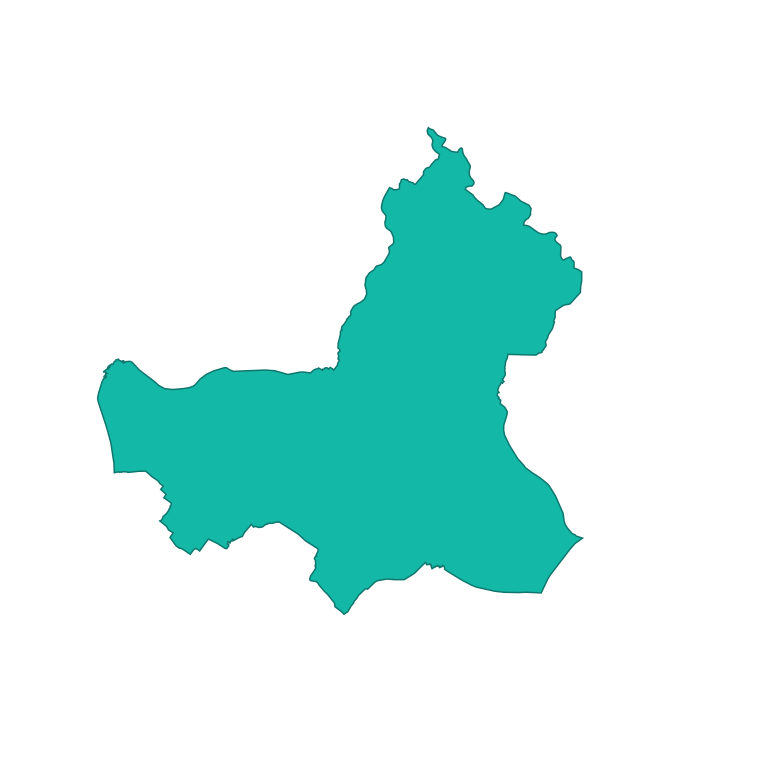 Sangkha, Surin, Thailand (Albers equal-area conic projection), rotated 210°
{"feature_id": "78962969B46327860609250", "entity_name": "Sangkha", "entity_type": "district", "adm_level": 2, "iso_a3": "THA", "parent_name": "Thailand", "parent_adm1": "Surin", "projection": "albers", "projection_center": [103.87, 14.543], "detail": "fine", "context": "isolated", "style": "filled", "palette": "teal", "viewbox_px": 768, "rotation_deg": 210, "n_neighbors": 0, "source": "geoboundaries", "source_scale": "gbopen_adm2", "svg_char_len": 6171}
<svg xmlns="http://www.w3.org/2000/svg" viewBox="0 0 768 768"><g transform="rotate(210 384 384)"><path d="M626.3,272.7L628.1,270.9L627.8,270.6L628.0,269.6L628.7,268.8L628.6,265.4L629.5,265.3L630.2,264.7L630.2,262.8L631.0,262.9L631.0,262.2L631.6,261.6L631.4,261.2L630.5,261.8L630.0,261.4L630.5,260.0L631.4,260.1L631.3,259.4L630.5,259.0L631.3,258.6L633.0,254.6L632.5,254.2L631.4,255.4L630.7,254.7L629.2,254.7L630.2,253.8L629.1,252.3L629.9,252.2L629.9,251.7L628.7,251.8L628.3,251.4L630.2,251.1L630.3,250.6L628.5,249.8L629.5,249.1L629.3,245.0L626.6,233.3L624.8,228.3L622.6,225.7L602.7,207.9L591.1,196.4L578.2,180.3L573.2,172.3L569.7,175.4L568.9,175.3L567.8,176.3L567.2,176.3L566.3,177.5L562.4,179.4L561.5,179.4L552.9,185.7L546.8,189.4L538.6,187.7L531.3,187.1L528.1,185.7L524.0,185.1L524.7,181.1L517.5,179.4L517.8,175.4L509.1,174.6L508.2,173.7L507.8,172.2L508.2,171.2L507.2,170.1L507.6,169.1L507.3,166.1L507.7,162.7L509.1,158.6L508.7,157.9L508.5,155.1L509.7,153.3L501.2,152.0L497.5,149.8L492.2,149.7L492.6,144.1L483.5,140.0L479.2,139.4L479.0,139.8L475.8,140.3L466.6,139.6L466.1,144.7L465.2,147.2L462.3,147.6L460.2,147.2L458.6,161.9L448.1,162.6L439.4,162.1L437.8,163.0L438.0,163.6L437.4,166.0L438.7,167.4L439.7,167.2L439.7,168.9L440.2,169.4L438.8,169.9L437.9,169.2L437.9,171.4L436.3,172.9L437.5,173.2L437.6,173.7L435.4,174.2L432.2,179.3L430.5,181.0L430.6,185.7L428.7,196.1L425.4,194.8L424.7,196.1L420.2,197.4L417.7,199.5L416.7,202.5L415.8,203.3L415.6,204.1L414.7,204.5L414.4,205.6L410.7,207.8L408.3,210.5L406.6,211.3L406.1,212.1L383.2,211.1L373.4,208.9L358.9,208.3L357.6,206.8L357.3,202.4L357.0,201.1L356.4,201.1L357.2,199.7L356.9,197.8L355.2,197.0L354.3,195.4L352.8,193.9L353.1,193.0L352.4,191.7L351.9,191.2L351.7,191.6L351.4,191.4L351.0,189.5L351.5,181.1L351.0,178.4L350.3,177.3L349.3,177.0L344.4,178.8L342.6,178.9L339.7,177.4L331.4,174.5L327.7,173.6L317.3,169.5L315.1,166.6L306.4,165.5L303.5,164.6L301.5,168.7L301.5,175.7L300.8,178.7L301.3,180.8L300.5,184.1L300.4,188.0L298.0,196.6L296.9,197.9L295.6,198.2L292.8,207.9L291.4,210.3L283.8,216.7L276.9,219.9L268.6,224.7L263.0,235.3L259.0,250.0L257.8,249.8L256.9,248.8L255.6,249.5L255.5,250.2L254.3,251.1L253.5,250.5L252.9,251.0L251.9,250.2L251.8,249.4L250.1,248.1L249.5,248.8L249.1,250.9L248.2,250.8L247.7,252.6L247.1,252.7L246.8,253.6L246.3,253.2L244.4,254.1L244.5,253.0L244.1,252.8L242.4,254.9L242.5,256.1L242.0,256.4L240.5,255.9L238.6,253.8L237.2,253.6L218.9,253.1L207.1,253.6L202.0,254.4L184.5,259.9L175.8,263.7L163.1,270.7L157.2,274.5L143.4,281.7L144.7,297.3L144.5,302.0L140.2,334.7L138.8,341.4L135.0,349.8L141.6,348.4L143.3,348.9L146.3,348.5L153.7,351.2L157.1,353.1L159.5,355.4L164.3,361.6L179.4,372.7L190.2,378.5L193.7,379.5L201.5,380.7L212.2,381.3L220.0,382.3L222.1,383.4L230.9,386.2L244.1,393.3L253.9,399.9L257.3,403.8L259.7,408.3L261.5,416.3L262.6,420.2L263.5,421.7L267.6,424.2L273.7,425.2L274.8,428.4L276.6,428.3L276.8,428.8L277.6,428.8L277.7,429.9L279.7,430.3L281.0,432.2L281.0,433.2L280.0,434.1L282.4,435.3L283.3,439.8L282.9,441.4L283.2,444.1L281.7,444.0L281.7,445.4L281.3,446.0L284.0,447.2L283.5,447.7L283.5,452.3L285.4,455.4L286.2,455.8L287.0,458.1L288.0,459.0L288.3,460.7L289.7,463.6L290.2,467.8L291.5,471.6L266.9,485.0L265.0,488.7L263.5,489.7L263.1,490.5L263.7,491.6L263.2,492.1L262.8,498.4L265.3,501.3L265.4,505.6L266.2,508.9L265.8,515.8L267.4,523.0L268.7,523.4L269.0,526.9L271.9,532.3L272.0,533.7L267.8,542.1L263.0,546.3L259.7,561.5L262.5,566.9L264.3,572.0L268.8,579.9L273.0,580.3L277.4,579.4L280.4,584.6L281.3,585.2L283.4,585.4L285.7,587.1L286.3,587.1L288.7,584.0L290.5,581.0L293.3,581.7L295.1,583.2L299.5,591.4L300.7,592.4L305.9,593.1L308.2,594.4L308.8,596.1L308.2,599.0L310.9,600.4L312.9,600.2L316.1,598.3L319.1,594.5L322.1,592.9L325.9,592.1L336.9,593.2L339.5,592.7L342.5,591.3L343.7,594.5L343.1,597.6L341.9,599.5L341.7,604.0L342.8,605.5L344.3,609.4L347.7,611.3L357.0,610.8L364.0,612.3L374.3,610.7L374.7,609.8L373.0,603.7L373.7,597.0L378.7,589.0L381.7,587.4L384.2,586.8L387.9,588.7L394.8,589.7L398.8,590.8L401.5,592.2L410.8,593.2L411.3,594.3L411.0,595.7L409.3,598.0L406.8,599.3L406.3,602.3L406.9,603.7L408.6,604.9L412.2,606.0L414.3,607.5L416.6,610.7L417.6,614.6L418.4,616.1L425.3,620.2L429.1,621.9L431.8,624.2L433.7,626.8L434.6,627.1L435.5,626.7L436.2,624.6L436.0,621.8L438.4,620.4L441.9,619.2L449.3,619.6L452.2,618.6L453.1,619.9L452.6,625.2L452.8,626.4L453.5,627.4L459.7,626.3L462.3,626.3L468.4,628.6L472.2,627.8L473.7,628.2L473.4,625.4L472.7,624.2L470.7,622.3L466.2,621.2L463.5,619.4L461.9,615.0L460.5,613.5L458.7,612.2L455.4,611.1L450.8,610.7L449.6,606.0L449.7,605.4L450.9,604.6L451.5,603.6L452.8,597.2L452.8,594.7L455.2,592.1L455.6,591.1L456.0,587.8L454.4,585.0L456.6,573.0L457.3,572.2L459.7,572.7L463.7,571.7L466.1,572.5L466.9,571.6L469.4,571.5L471.1,569.5L470.4,567.1L470.6,564.9L468.5,561.2L468.5,560.4L469.6,559.1L472.7,557.0L474.8,557.3L477.4,556.8L477.3,546.6L476.7,542.0L475.0,536.6L473.9,534.8L471.9,532.9L466.5,530.8L464.9,527.8L464.2,524.7L462.1,521.7L460.0,520.3L454.8,519.7L453.3,519.0L449.4,516.0L446.3,511.5L446.3,509.8L448.1,504.8L447.9,504.0L445.7,501.9L444.8,498.8L444.9,489.5L446.0,486.0L449.5,482.3L449.9,477.6L452.2,472.9L452.7,467.1L449.9,460.1L445.8,456.0L443.9,453.0L443.3,447.7L445.1,443.2L447.5,439.6L448.1,437.9L448.9,437.3L448.8,435.3L449.2,435.0L449.1,429.8L447.5,427.8L447.3,426.2L448.0,425.2L448.2,422.0L448.6,421.6L448.2,421.4L448.5,415.6L449.2,412.8L448.1,409.7L447.3,409.7L448.1,408.1L446.4,404.7L444.0,396.2L441.8,392.1L439.9,391.9L438.5,390.1L439.2,389.2L439.3,387.5L437.1,385.4L436.4,382.7L434.5,382.3L434.4,379.0L433.7,376.6L434.5,370.8L435.7,371.4L438.9,371.4L439.6,369.1L441.0,369.6L443.0,368.7L443.4,366.8L444.6,366.0L444.2,365.1L448.7,365.1L449.4,363.6L450.6,362.8L452.1,360.4L453.0,357.4L453.7,356.6L459.7,354.1L462.4,352.5L472.0,344.2L485.1,340.9L493.7,336.8L520.7,319.7L524.4,319.1L528.4,319.3L530.2,318.5L538.0,310.2L542.6,303.7L545.7,296.4L547.0,289.4L548.0,286.9L550.9,283.4L555.2,279.9L563.4,274.1L566.7,272.4L571.8,270.3L578.5,270.1L583.7,271.3L602.6,273.7L613.1,276.9L615.4,276.6L618.9,274.1L619.7,272.3L621.0,273.9L621.7,273.6L620.9,272.6L621.2,271.9L623.2,272.4L625.2,272.1L626.3,272.7Z" fill="#14b8a6" stroke="#0f766e" stroke-width="1.5"/></g></svg>